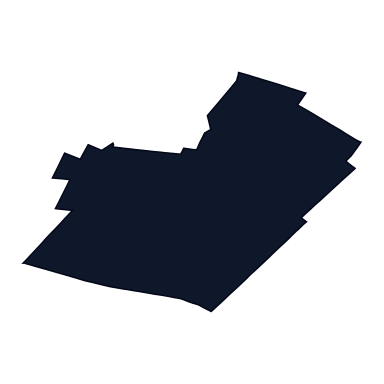 the district of Ziduri, Buzau, Romania
{"feature_id": "2599482B76478155056180", "entity_name": "Ziduri", "entity_type": "district", "adm_level": 2, "iso_a3": "ROU", "parent_name": "Romania", "parent_adm1": "Buzau", "projection": "robinson", "projection_center": [27.059, 45.276], "detail": "fine", "context": "isolated", "style": "filled", "palette": "ink", "viewbox_px": 384, "rotation_deg": 0, "n_neighbors": 0, "source": "geoboundaries", "source_scale": "gbopen_adm2", "svg_char_len": 4619}
<svg xmlns="http://www.w3.org/2000/svg" viewBox="0 0 384 384"><path d="M227.4,296.4L227.6,296.2L230.7,293.3L233.6,290.7L235.4,289.0L238.2,286.4L241.0,283.8L241.2,283.6L243.1,281.8L244.6,280.4L245.1,279.9L246.8,278.3L248.6,276.4L249.6,275.4L251.3,273.7L252.3,272.9L254.3,271.1L257.3,268.3L258.4,267.3L263.1,262.9L265.5,260.6L268.7,257.6L270.3,256.1L271.0,255.3L273.4,253.0L274.2,252.2L275.5,251.0L279.4,247.3L283.7,243.4L289.7,237.7L289.9,237.4L292.9,234.4L295.6,231.8L296.1,231.2L296.6,230.9L297.2,230.4L298.6,229.1L301.3,226.5L303.2,224.6L306.5,221.8L304.9,220.6L302.8,219.0L301.4,217.8L301.4,217.7L301.6,217.4L303.0,216.1L303.6,215.5L305.4,213.8L309.4,210.2L310.3,209.4L313.1,206.7L314.6,205.3L315.8,204.2L316.5,203.6L317.1,203.1L320.4,200.2L322.4,198.3L324.4,196.5L324.5,196.4L327.1,194.0L332.6,188.9L333.9,187.7L334.7,187.0L335.9,185.9L336.3,185.5L338.6,183.5L340.2,181.9L341.2,181.0L343.6,178.8L345.4,177.2L347.2,175.6L350.2,172.9L351.3,171.9L354.0,169.5L355.1,168.4L354.7,168.0L352.8,166.7L351.7,165.9L349.6,164.2L349.3,164.0L348.5,163.3L348.1,163.0L347.6,162.5L345.9,161.3L345.7,161.1L346.4,160.5L348.5,158.4L351.1,155.9L353.9,152.1L354.9,150.7L356.4,148.7L361.0,142.1L359.9,141.8L356.9,140.4L353.2,138.2L347.1,134.5L339.9,129.9L334.5,126.8L329.2,123.7L322.2,119.4L307.8,110.8L301.8,107.4L300.7,106.8L297.5,105.0L299.9,101.6L304.8,94.5L305.8,93.1L303.1,92.3L300.3,91.4L299.9,91.3L298.7,90.9L295.5,89.9L294.1,89.4L291.3,88.6L288.6,87.7L279.9,84.9L276.1,83.7L272.8,82.7L265.8,80.6L263.4,79.9L262.0,79.5L260.7,79.1L258.1,78.2L256.6,77.8L254.9,77.3L251.9,76.4L251.1,76.1L250.5,75.9L249.8,75.7L249.4,75.5L248.2,75.2L247.1,74.9L241.9,73.4L238.6,72.5L238.4,73.5L238.3,74.7L238.3,74.9L238.1,75.6L237.4,77.6L237.0,79.5L236.7,80.3L236.8,80.6L234.0,84.0L231.5,87.1L230.0,88.8L229.9,88.9L228.7,90.4L227.2,92.2L225.0,94.8L220.1,100.7L207.4,115.6L207.8,117.3L208.6,120.3L209.3,123.4L210.1,126.8L210.4,128.1L210.8,129.5L209.5,130.2L207.4,131.4L206.3,132.1L205.7,132.4L205.4,132.6L205.2,132.7L204.9,132.8L204.6,133.1L204.4,133.4L204.0,134.3L202.1,138.2L200.9,140.5L199.9,142.4L196.7,149.8L193.5,149.6L191.9,149.4L187.9,148.8L185.6,148.5L184.3,148.3L183.6,148.3L183.5,148.6L183.5,148.8L183.4,149.1L183.2,149.4L183.1,149.6L182.9,149.8L182.8,150.1L182.6,150.3L182.6,150.5L182.4,151.0L182.1,151.6L181.9,152.0L181.7,152.3L181.4,152.6L181.3,152.9L181.1,153.2L181.0,153.4L181.0,153.6L180.9,154.0L180.7,154.1L180.1,154.2L179.7,154.1L176.5,153.8L173.3,153.5L172.5,153.4L171.1,153.3L168.0,153.0L164.4,152.7L163.6,152.6L162.2,152.4L160.6,152.2L159.5,152.1L153.8,151.6L140.3,150.1L139.4,150.0L135.1,149.6L132.4,149.2L132.2,149.2L126.8,148.6L123.9,148.3L120.9,147.9L119.1,147.7L118.2,147.6L116.3,147.4L115.1,147.2L114.5,147.2L113.2,147.1L112.6,147.0L113.6,144.8L112.9,143.1L111.0,144.4L110.8,144.5L110.6,144.6L109.4,145.4L107.1,147.0L106.2,147.5L105.3,148.1L104.4,148.6L103.9,149.0L103.6,149.2L101.7,150.4L101.4,150.3L100.9,150.1L99.3,149.4L96.5,148.2L94.3,147.3L92.0,146.3L91.2,146.0L90.4,145.6L88.2,144.7L87.7,145.6L83.9,152.5L83.1,154.0L82.6,154.8L80.3,159.2L80.3,159.3L77.8,158.3L64.6,153.1L58.1,166.6L57.3,168.2L52.4,178.0L52.7,178.0L63.2,178.9L69.9,179.6L68.6,182.3L66.6,186.5L65.6,188.4L64.8,190.0L64.5,190.6L64.2,191.2L58.5,202.6L56.4,206.7L55.4,208.6L55.9,208.7L72.4,210.4L70.5,212.5L68.9,214.2L66.7,216.6L64.5,218.9L64.0,219.5L63.9,219.6L63.6,219.9L62.1,221.6L61.2,222.6L55.4,228.7L53.8,230.4L51.4,232.8L46.6,237.8L45.0,239.6L42.2,242.8L42.0,243.0L40.1,245.1L32.5,253.2L26.0,260.2L23.4,262.8L23.1,263.1L23.3,263.1L24.1,263.1L26.8,263.9L29.9,264.7L32.5,265.5L37.0,266.8L43.8,268.7L46.7,269.5L49.4,270.3L50.1,270.5L50.6,270.6L51.8,271.0L62.7,274.1L66.8,275.3L69.1,275.9L69.5,276.1L72.6,277.0L75.4,277.8L79.3,279.0L84.9,280.7L85.4,280.8L91.0,282.1L91.3,282.1L94.4,282.9L100.8,284.5L108.0,286.2L110.2,286.7L116.6,287.8L117.6,288.0L118.5,288.1L123.4,289.0L123.8,289.1L124.1,289.1L124.4,289.1L126.6,289.4L128.2,289.7L130.2,290.0L131.0,290.2L131.8,290.3L132.4,290.4L133.2,290.6L134.2,290.7L134.7,290.8L134.8,290.8L135.9,291.0L136.7,291.1L138.8,291.4L141.5,291.9L144.0,292.3L146.1,292.7L147.4,292.9L148.1,293.0L148.6,293.1L149.4,293.3L150.2,293.4L151.6,293.6L152.5,293.8L154.5,294.2L155.2,294.3L156.2,294.4L156.9,294.5L161.0,295.1L162.6,295.3L164.1,295.6L164.9,295.8L166.9,296.1L170.2,296.7L172.9,297.3L174.7,297.6L177.8,298.1L178.9,298.3L180.5,298.7L181.1,298.8L182.2,299.2L183.1,299.5L183.6,299.7L185.5,300.5L186.9,301.0L188.9,301.8L191.5,302.7L192.3,303.0L196.5,304.2L198.6,304.9L204.1,307.9L211.2,311.5L214.9,308.1L217.7,305.5L220.9,302.6L223.9,299.8L227.0,296.8L227.4,296.4Z" fill="#0f172a" stroke="#020617" stroke-width="1.5"/></svg>